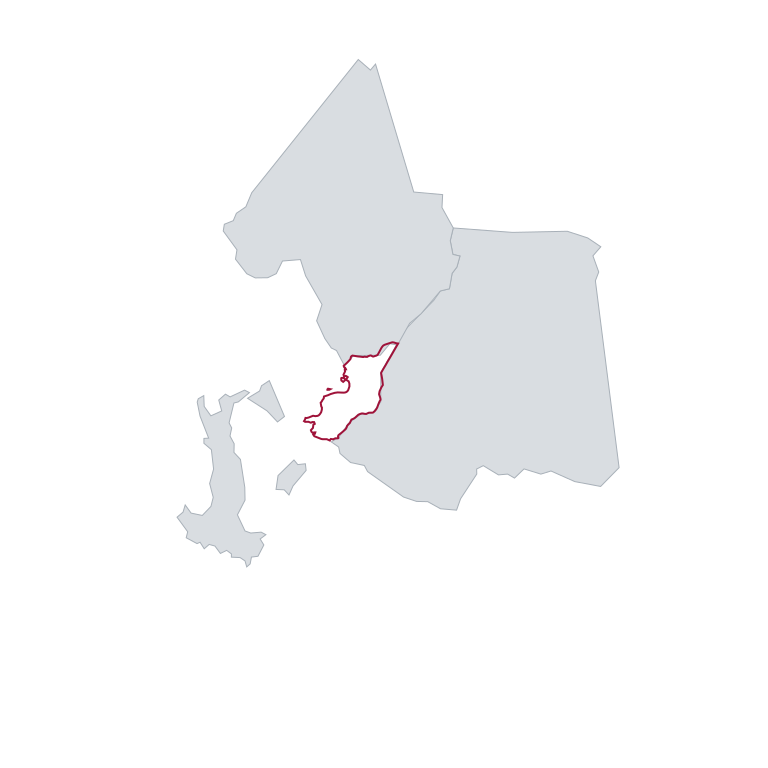 Tunisia shown with its bordering countries, rotated 221°
{"feature_id": "TUN", "entity_name": "Tunisia", "entity_type": "country or territory", "adm_level": 0, "iso_a3": "TUN", "parent_name": "Africa", "parent_adm1": "", "projection": "equal_earth", "projection_center": [9.904, 33.785], "detail": "fine", "context": "with_neighbors", "style": "outline", "palette": "rose", "viewbox_px": 768, "rotation_deg": 221, "n_neighbors": 3, "source": "natural_earth", "source_scale": "50m", "svg_char_len": 4604}
<svg xmlns="http://www.w3.org/2000/svg" viewBox="0 0 768 768"><g transform="rotate(221 384 384)"><path d="M151.7,475.1L153.3,448.8L176.0,435.5L200.9,427.9L206.5,418.9L222.6,411.8L223.8,398.6L231.6,397.1L238.0,390.5L255.5,387.5L258.3,380.6L254.9,376.9L250.9,347.6L246.5,336.4L259.5,326.9L273.8,323.9L282.3,316.8L295.1,311.5L338.9,307.1L345.4,309.6L357.7,302.8L371.6,302.7L376.9,306.7L385.8,305.7L383.1,314.5L385.0,331.0L381.9,345.4L373.6,355.1L374.7,368.4L393.8,390.3L403.7,438.3L401.3,479.7L402.5,491.2L397.1,498.8L405.2,512.2L405.7,520.1L410.6,530.4L417.0,527.0L428.0,535.6L434.1,547.2L386.5,582.7L345.9,619.5L326.0,627.9L310.4,629.8L310.4,617.8L295.4,609.4L292.2,600.6L151.7,475.1Z" fill="#d9dde1" stroke="#a8b0b8" stroke-width="1"/><path d="M411.6,141.7L419.0,143.9L420.4,140.9L432.4,138.2L435.2,143.7L452.8,147.7L451.6,155.5L454.7,162.3L444.9,160.0L434.9,165.6L434.3,178.1L438.5,186.4L450.3,194.5L456.8,208.0L471.2,221.2L481.0,221.1L484.2,224.8L480.8,228.1L501.8,239.1L513.1,247.8L514.5,251.0L512.4,257.0L505.0,249.1L493.8,246.4L488.8,257.2L498.2,263.5L497.0,272.3L491.7,273.3L485.2,287.9L479.9,289.2L482.2,274.9L484.8,271.2L475.4,253.0L470.1,250.9L466.1,243.7L457.9,240.6L452.3,233.9L442.9,232.9L421.3,214.7L412.7,205.2L408.8,189.1L392.5,181.9L386.8,184.1L379.5,191.6L374.3,192.8L375.8,185.8L369.1,183.7L366.1,171.3L370.5,166.4L367.0,160.4L367.6,155.9L372.8,159.3L378.7,158.6L385.6,153.2L387.7,155.7L393.6,155.2L396.3,148.8L405.3,150.8L410.7,148.2L411.6,141.7ZM454.7,287.0L477.6,283.7L473.3,297.1L475.3,302.4L472.8,311.3L437.8,294.2L439.5,285.5L454.7,287.0ZM389.9,238.7L396.3,233.6L403.9,245.4L402.1,267.6L396.2,266.6L391.0,272.2L386.1,267.7L385.8,247.4L382.9,237.9L389.9,238.7Z" fill="#d9dde1" stroke="#a8b0b8" stroke-width="1"/><path d="M609.3,441.6L616.3,612.0L600.2,612.0L600.3,619.9L487.5,548.4L464.0,565.4L456.0,555.2L434.1,547.2L428.0,535.6L417.0,527.0L410.6,530.4L405.7,520.1L405.2,512.2L397.1,498.8L402.5,491.2L402.1,461.4L404.5,446.7L399.4,422.4L406.0,418.2L405.7,403.3L425.5,385.6L426.1,372.0L441.8,378.1L447.4,376.6L458.5,379.5L476.3,387.5L482.9,403.3L514.1,414.2L528.7,423.1L541.3,410.2L537.7,396.6L541.5,387.9L550.8,379.6L559.9,377.2L578.0,380.8L583.0,388.8L605.7,394.0L609.3,399.8L604.9,408.4L607.4,416.0L604.5,427.1L609.3,441.6Z" fill="#d9dde1" stroke="#a8b0b8" stroke-width="1"/><path d="M426.3,371.2L426.3,371.7L425.9,375.1L425.8,376.3L425.7,378.3L425.7,380.8L426.8,382.9L426.8,383.8L426.4,384.8L424.5,386.0L421.9,387.6L419.8,389.1L417.4,390.7L416.7,391.8L415.5,392.6L414.5,393.4L414.3,394.2L413.6,395.7L412.7,396.9L410.5,397.4L410.0,397.8L409.0,399.5L408.5,400.2L407.9,401.7L408.7,405.5L409.6,409.4L409.8,411.0L409.8,412.4L409.3,413.9L408.1,416.0L407.2,417.5L405.5,420.3L405.0,421.0L403.8,421.8L401.5,422.8L399.9,423.8L399.1,419.6L398.4,416.0L397.8,413.0L396.8,407.8L396.0,403.3L395.1,398.9L394.4,394.9L393.6,390.9L393.3,390.3L390.9,388.4L388.8,386.7L386.6,384.7L384.2,382.5L383.8,379.8L382.6,375.7L381.3,373.5L380.8,372.9L378.2,371.4L376.7,370.3L376.2,369.7L376.0,368.1L374.9,364.8L373.7,361.8L373.3,359.8L373.2,357.3L373.5,355.4L374.0,354.7L376.6,352.4L377.8,349.7L379.3,348.6L380.6,347.9L381.6,347.0L382.5,345.5L383.2,344.0L383.4,342.3L383.7,339.7L384.2,337.9L385.2,335.8L384.8,334.1L384.2,332.3L384.4,329.2L384.3,328.0L383.8,326.9L383.4,325.4L383.4,324.2L383.8,321.1L384.2,318.7L384.8,315.6L384.6,314.8L384.2,314.1L383.0,313.4L383.0,313.0L383.3,312.6L385.1,311.1L386.1,308.9L386.9,308.4L388.1,307.6L388.1,306.7L387.8,305.8L391.0,304.8L394.1,302.1L395.2,301.4L402.3,298.9L403.2,299.1L404.2,299.4L403.9,300.4L403.5,301.1L404.1,302.4L405.0,301.6L404.8,301.1L404.7,300.4L406.2,300.3L407.5,300.4L408.9,301.2L408.8,304.2L410.7,307.1L410.1,308.5L411.7,309.4L413.1,308.3L413.8,306.8L416.3,305.9L418.7,303.7L420.0,303.5L420.3,305.3L421.0,306.9L420.1,307.5L418.9,309.2L416.7,313.5L414.7,314.7L413.2,316.4L412.7,317.6L412.6,319.0L412.9,321.4L414.1,323.9L415.4,325.5L416.6,325.9L419.5,328.3L419.5,329.8L419.9,331.5L420.0,333.5L421.1,335.2L418.9,338.8L417.7,341.4L415.4,345.0L413.4,347.3L409.0,350.8L407.9,351.9L407.2,353.1L406.9,354.4L407.0,355.9L408.5,359.5L410.4,361.6L412.4,362.8L415.8,362.3L415.7,363.7L415.9,365.4L417.3,365.3L418.3,365.0L419.0,363.4L420.7,364.5L421.6,367.9L423.0,369.0L423.2,369.4L422.7,369.7L422.3,370.1L422.7,370.3L424.1,370.8L424.9,370.5L426.3,371.2ZM419.0,361.7L418.7,361.8L418.0,362.3L417.7,362.3L416.7,361.8L416.4,361.8L415.9,361.4L416.1,359.4L416.2,358.8L418.5,358.7L419.8,359.9L420.0,360.3L420.1,360.6L419.5,361.3L419.0,361.7ZM423.2,343.7L421.1,344.9L421.5,343.8L422.9,342.5L423.2,342.8L423.2,343.7Z" fill="none" stroke="#9f1239" stroke-width="2"/></g></svg>